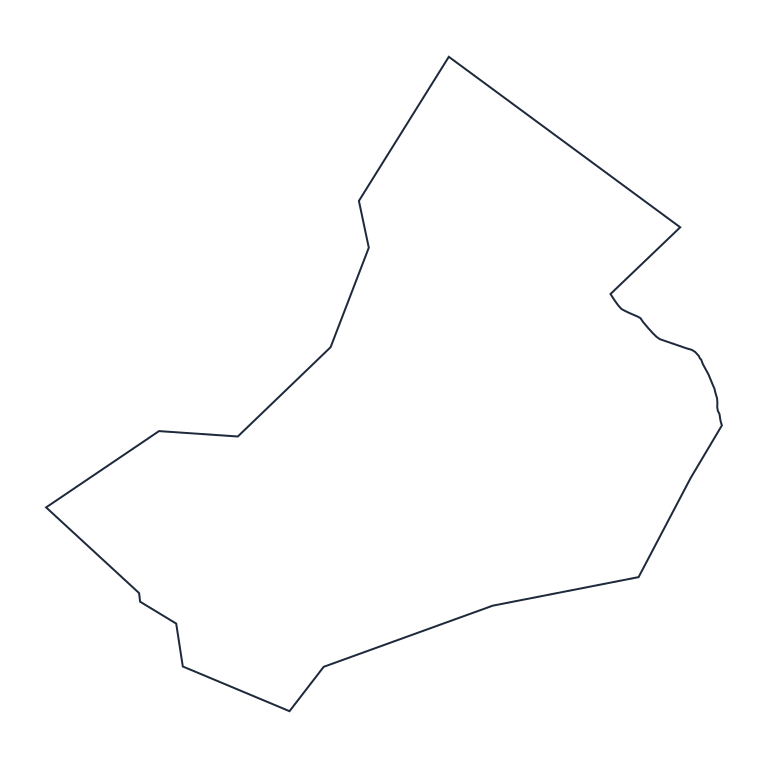 the district of Shiveegovi, Dornogovi, Mongolia
{"feature_id": "93677404B28093616266746", "entity_name": "Shiveegovi", "entity_type": "district", "adm_level": 2, "iso_a3": "MNG", "parent_name": "Mongolia", "parent_adm1": "Dornogovi", "projection": "natural_earth1", "projection_center": [108.624, 46.084], "detail": "fine", "context": "isolated", "style": "outline", "palette": "slate", "viewbox_px": 768, "rotation_deg": 0, "n_neighbors": 0, "source": "geoboundaries", "source_scale": "gbopen_adm2", "svg_char_len": 761}
<svg xmlns="http://www.w3.org/2000/svg" viewBox="0 0 768 768"><path d="M492.6,605.7L638.6,577.1L690.7,477.9L721.9,425.4L720.8,421.9L720.2,419.0L719.5,414.1L717.8,410.7L717.2,406.9L717.4,403.0L717.1,398.5L715.4,392.7L714.4,388.5L713.3,386.1L708.3,374.0L706.6,371.0L702.9,364.2L701.2,359.7L699.8,358.2L698.9,356.1L695.2,352.0L691.9,349.9L686.4,348.3L659.9,339.2L656.5,336.8L653.2,333.6L648.1,328.0L643.0,321.9L640.5,318.2L638.1,316.8L629.6,313.1L625.4,311.1L621.6,309.1L620.5,307.9L618.7,306.0L617.0,303.7L614.6,300.4L610.5,294.0L680.2,227.3L448.8,56.8L358.9,200.9L368.8,247.7L330.6,347.2L237.8,436.5L159.0,431.1L46.1,507.4L139.1,593.1L140.1,601.7L176.2,623.6L182.8,666.5L289.5,711.2L323.7,666.8L492.6,605.7Z" fill="none" stroke="#1e293b" stroke-width="2"/></svg>